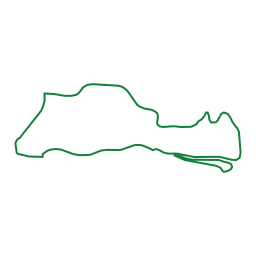 Tiền Giang, Albers equal-area conic projection
{"feature_id": "VNM-4834", "entity_name": "Tiền Giang", "entity_type": "Province", "adm_level": 1, "iso_a3": "VNM", "parent_name": "Vietnam", "parent_adm1": "", "projection": "albers", "projection_center": [106.405, 10.409], "detail": "fine", "context": "isolated", "style": "outline", "palette": "green", "viewbox_px": 256, "rotation_deg": 0, "n_neighbors": 0, "source": "natural_earth", "source_scale": "10m", "svg_char_len": 1369}
<svg xmlns="http://www.w3.org/2000/svg" viewBox="0 0 256 256"><path d="M198.2,121.5L201.7,119.3L204.3,116.1L206.1,112.5L207.7,112.5L208.9,115.9L209.4,119.7L211.1,122.5L215.7,122.3L217.7,120.4L221.3,113.9L223.8,112.5L227.8,113.9L230.3,117.4L232.2,121.5L234.4,124.8L237.4,128.4L238.9,131.9L240.6,152.5L239.6,157.8L236.0,160.1L231.4,159.7L219.1,156.8L194.2,157.0L177.0,153.6L168.1,153.6L163.5,152.5L159.8,150.4L156.3,149.0L152.7,150.2L150.4,148.7L142.5,145.5L139.6,145.0L136.7,144.9L133.9,145.3L122.1,149.5L119.0,150.1L107.0,149.8L101.2,150.5L90.5,154.7L86.0,155.1L78.5,155.1L72.8,153.9L61.4,149.7L57.7,149.1L54.0,149.1L50.3,149.7L46.9,151.0L42.8,154.0L42.6,156.9L29.1,156.5L17.6,153.8L16.7,152.6L15.4,143.5L16.1,141.5L17.5,139.3L19.8,137.8L41.1,110.9L43.4,105.3L44.6,101.1L44.5,93.5L53.8,94.0L65.2,95.9L71.7,95.8L76.6,94.7L79.0,92.8L83.3,87.2L87.6,84.8L92.5,84.2L117.1,85.6L121.2,86.4L124.2,88.1L127.3,90.7L137.1,104.7L140.3,106.9L144.5,108.6L151.1,109.7L154.7,111.2L157.0,113.1L157.8,115.4L157.9,117.6L157.1,122.5L157.6,124.7L159.8,126.4L163.1,127.0L173.9,126.2L180.9,127.0L191.0,126.8L196.4,124.3L198.2,121.5ZM223.9,161.7L229.2,163.0L231.3,164.3L232.0,167.5L230.5,169.5L227.2,171.2L223.9,171.8L222.4,170.7L220.4,167.7L215.8,165.7L185.1,160.1L173.8,155.2L177.4,154.9L185.4,158.3L191.7,159.7L218.8,160.0L223.9,161.7Z" fill="none" stroke="#15803d" stroke-width="2"/></svg>